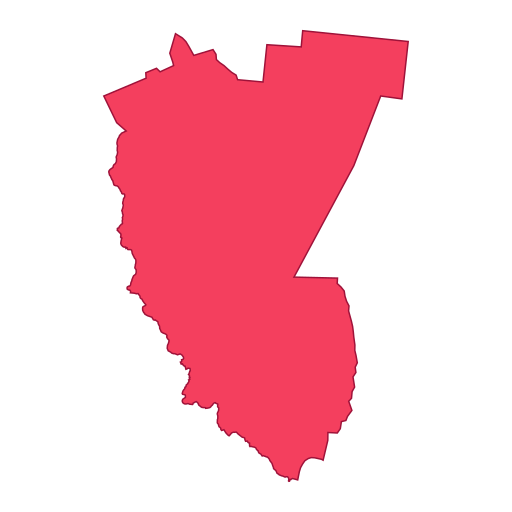 the district of Apostoles, Misiones, Argentina
{"feature_id": "61730980B76555431598408", "entity_name": "Apostoles", "entity_type": "district", "adm_level": 2, "iso_a3": "ARG", "parent_name": "Argentina", "parent_adm1": "Misiones", "projection": "natural_earth1", "projection_center": [-55.748, -27.916], "detail": "fine", "context": "isolated", "style": "filled", "palette": "rose", "viewbox_px": 512, "rotation_deg": 0, "n_neighbors": 0, "source": "geoboundaries", "source_scale": "gbopen_adm2", "svg_char_len": 6103}
<svg xmlns="http://www.w3.org/2000/svg" viewBox="0 0 512 512"><path d="M297.7,479.9L299.4,471.5L300.6,467.6L302.6,464.0L304.9,460.7L308.3,458.5L311.2,457.6L314.7,457.8L321.5,459.3L323.1,460.2L327.8,440.4L327.9,432.5L337.3,433.0L340.3,428.7L341.4,421.6L345.9,420.5L347.5,416.4L351.9,410.4L348.7,401.3L351.5,398.3L352.1,391.6L354.6,387.1L353.8,382.0L353.0,376.9L355.9,372.5L355.2,367.2L357.3,362.8L356.0,355.4L354.8,350.4L354.9,345.0L353.8,337.1L353.3,331.8L352.6,326.4L351.4,321.2L348.6,311.0L349.0,305.9L346.6,301.3L345.0,296.3L344.2,291.0L341.0,287.0L337.2,283.5L337.5,278.1L294.0,277.1L353.8,165.7L380.7,96.0L401.9,98.9L408.2,41.5L302.7,30.7L301.2,46.9L266.9,44.7L263.0,82.0L237.6,79.7L236.1,75.1L231.7,72.4L227.8,69.1L224.0,65.6L219.8,62.7L216.4,59.6L216.0,54.3L213.0,49.6L193.8,55.4L188.7,46.2L185.9,41.6L182.4,38.0L175.5,33.7L169.8,53.2L172.8,62.2L173.6,65.6L160.1,71.8L156.5,68.3L145.8,72.7L146.1,78.2L103.8,96.0L116.7,122.7L126.2,131.0L121.5,133.2L120.4,134.7L119.6,135.3L119.0,137.0L117.7,139.2L117.0,142.5L117.0,144.0L117.5,145.5L117.5,146.6L117.3,147.3L117.2,150.6L117.5,151.6L117.6,152.3L117.2,154.6L116.2,156.8L116.2,157.6L116.5,158.7L116.5,159.7L116.4,160.3L116.4,161.5L115.4,163.6L114.0,164.6L113.5,165.5L113.1,166.4L113.1,167.3L112.6,167.8L111.8,168.2L111.0,168.8L110.3,169.3L109.6,170.0L108.9,171.1L108.8,172.0L109.5,175.0L110.0,175.6L110.3,175.8L111.1,177.9L111.5,178.5L111.9,179.7L112.7,180.5L113.9,184.8L114.5,185.3L115.5,185.6L116.2,185.8L116.7,185.8L117.5,186.1L118.3,186.8L118.7,187.6L120.0,189.4L120.5,190.9L121.1,191.5L121.5,192.4L121.8,193.4L122.4,193.9L123.7,193.9L124.3,194.1L124.6,194.5L124.7,195.7L124.7,196.9L124.1,198.0L123.8,198.1L123.4,199.1L123.3,200.7L123.0,201.4L122.8,202.3L122.7,203.5L123.3,205.0L123.2,205.8L122.7,208.3L122.4,208.9L121.8,210.8L122.4,211.9L122.4,212.8L122.6,213.9L123.1,214.8L122.8,216.7L122.3,217.5L122.6,219.1L122.2,220.8L122.5,223.4L122.3,223.8L121.4,224.2L119.4,226.4L118.8,227.9L117.5,228.3L117.3,228.7L117.5,229.3L117.2,230.2L118.2,231.0L118.3,231.4L119.5,232.5L120.2,233.3L120.7,233.7L120.9,234.4L120.9,235.0L120.9,235.8L120.6,237.0L120.8,237.5L121.3,237.5L121.6,237.7L121.9,238.1L121.5,238.9L121.3,240.3L121.0,241.1L121.0,241.9L120.8,242.8L120.8,243.5L121.0,244.2L121.5,245.2L122.1,245.7L122.5,246.3L123.3,246.8L124.2,247.2L125.1,247.0L125.7,247.1L125.7,247.8L125.9,248.3L126.5,247.8L127.1,247.8L127.1,248.5L127.8,249.5L128.5,249.6L130.6,249.6L131.5,250.1L132.0,251.7L132.1,253.0L132.8,254.7L133.3,255.5L133.4,255.9L134.0,256.8L134.1,257.4L134.6,258.2L135.2,258.7L135.8,259.9L135.9,260.9L135.8,263.1L135.3,264.8L135.3,265.5L134.9,267.3L134.9,267.9L135.2,268.5L135.9,269.4L136.1,269.7L136.2,272.4L135.6,274.3L133.6,275.8L133.1,276.8L132.3,278.8L132.0,279.5L131.8,280.8L131.0,282.5L130.5,285.0L130.2,285.6L129.4,286.1L129.1,286.2L128.9,286.1L127.5,286.8L127.2,287.2L127.1,287.6L127.1,288.9L127.5,289.4L128.1,289.7L128.8,290.0L129.9,290.2L130.6,291.4L130.5,292.4L130.4,292.8L134.3,293.2L136.5,293.8L137.1,293.6L138.2,293.6L138.5,294.4L139.1,295.0L139.6,295.6L140.0,296.3L140.1,297.6L140.9,298.6L141.8,299.0L142.3,299.8L142.6,300.6L144.0,302.6L144.7,303.5L145.8,304.6L145.8,304.9L145.4,305.5L143.4,306.5L142.8,307.0L142.6,308.0L142.6,309.1L142.7,310.4L143.8,312.7L144.5,313.2L144.9,314.2L147.5,315.7L151.9,317.2L153.4,319.8L154.9,320.2L155.3,320.0L157.9,321.8L158.2,323.6L158.8,325.0L159.3,325.6L159.5,326.1L159.7,327.8L159.7,328.6L160.2,329.4L161.2,331.8L163.0,333.0L165.6,334.0L166.7,335.0L166.9,335.4L167.0,335.7L166.7,337.0L167.5,338.6L168.9,340.1L169.0,340.5L169.0,341.1L168.4,343.4L167.5,345.3L167.2,348.3L168.2,350.8L170.6,352.1L171.9,353.2L173.6,353.7L174.9,353.7L177.5,354.8L180.2,353.9L181.9,355.0L183.4,357.0L183.6,358.3L183.1,359.3L181.6,359.7L181.7,361.2L181.3,361.8L180.4,362.1L181.2,364.1L182.4,363.8L183.0,364.9L184.3,366.1L185.1,366.2L185.9,369.3L187.1,368.9L187.6,368.4L188.2,368.2L190.0,368.5L190.2,369.6L190.3,370.3L190.2,370.9L189.8,371.1L189.7,371.5L189.5,372.0L189.1,373.7L188.5,374.4L189.4,375.5L189.4,376.6L189.9,377.3L189.2,377.9L189.7,378.7L189.8,379.3L188.6,379.9L189.1,380.9L188.2,382.9L187.6,383.3L187.6,383.9L186.2,385.0L185.9,386.7L184.9,387.3L184.9,388.1L184.6,388.9L183.8,389.7L182.9,391.1L182.2,393.5L182.6,394.3L185.0,394.8L185.4,395.6L185.4,397.4L182.8,399.2L182.4,400.1L182.2,401.0L182.5,402.0L182.7,402.6L183.6,403.4L184.7,403.9L186.0,404.0L187.7,403.6L188.5,403.7L189.6,404.2L192.6,404.5L192.9,404.1L193.1,403.2L195.6,401.8L196.3,401.6L197.7,402.8L197.9,403.2L198.3,403.5L198.4,404.3L198.9,405.2L200.9,406.7L201.1,407.0L202.0,407.4L203.5,407.6L205.2,407.6L205.7,407.9L205.7,408.3L207.7,408.1L209.8,407.6L210.9,406.7L211.2,406.1L212.5,405.0L212.7,404.4L213.3,403.8L213.7,403.4L214.1,403.0L214.7,402.7L215.4,402.7L215.6,403.1L216.7,403.7L217.2,403.7L217.8,404.1L217.8,404.5L217.6,406.2L217.7,406.9L218.6,407.7L218.7,408.2L218.6,410.3L218.3,411.2L217.3,413.3L217.4,414.7L217.8,415.7L217.8,418.2L217.7,418.9L217.4,419.5L217.3,422.8L217.6,423.4L218.2,424.0L218.6,424.9L218.6,425.5L219.1,426.8L219.5,427.0L220.6,428.0L220.9,429.6L221.7,430.5L223.9,429.7L225.9,432.9L226.8,433.9L228.2,435.3L229.1,435.8L230.3,434.6L231.5,433.0L233.3,432.2L233.9,432.2L234.6,432.3L235.5,432.1L236.5,432.2L238.0,433.9L242.2,437.2L243.9,437.6L244.6,437.9L245.0,439.9L245.6,441.3L247.2,441.1L247.5,441.2L247.9,442.3L248.1,442.5L248.9,443.0L249.5,443.0L249.6,443.4L249.5,444.2L249.6,446.0L250.0,446.6L251.0,446.3L251.3,446.4L251.7,446.6L254.6,447.2L255.6,447.8L256.1,448.3L256.3,449.1L256.8,449.7L257.5,450.4L258.2,450.9L258.2,451.4L258.8,452.8L259.3,453.2L260.9,454.1L261.2,454.6L262.2,456.0L262.9,455.7L263.5,455.7L264.2,456.1L265.2,456.3L266.1,456.8L267.5,457.1L268.4,458.0L269.3,459.1L269.9,460.6L272.0,463.4L272.7,465.6L273.5,467.7L273.5,468.3L274.3,469.4L275.7,470.3L276.4,471.7L277.0,473.2L278.2,474.0L278.6,474.1L279.0,474.7L279.5,475.0L280.0,475.1L281.5,475.8L282.6,476.0L285.1,477.1L285.7,476.8L286.7,476.7L287.6,476.8L288.4,477.8L288.6,478.3L288.8,479.8L288.5,480.9L288.9,481.3L289.5,481.2L290.0,479.8L290.3,479.5L290.7,479.5L290.7,479.4L292.6,478.5L297.7,479.9Z" fill="#f43f5e" stroke="#9f1239" stroke-width="1.5"/></svg>